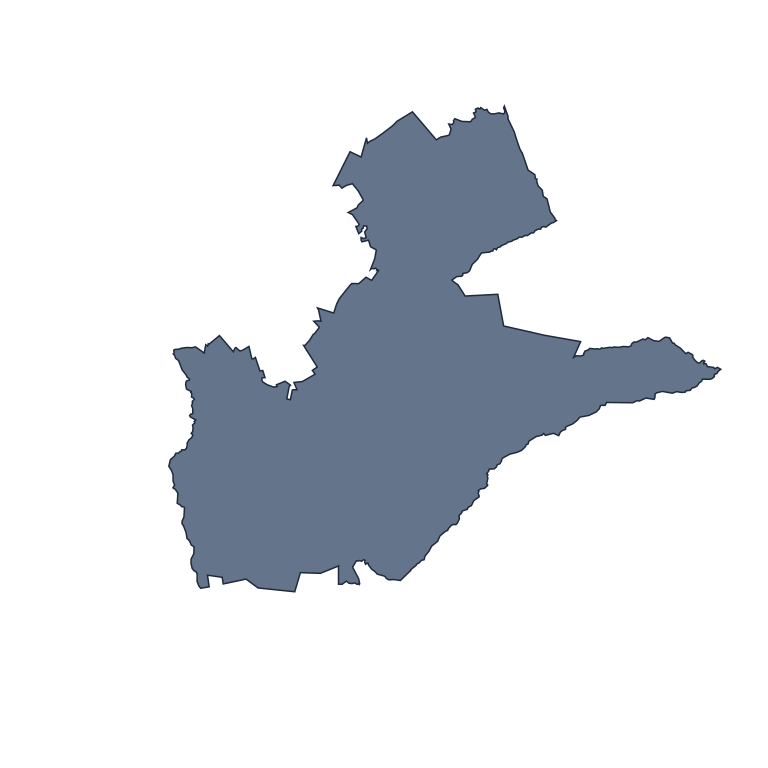 Goromonzi, Mashonaland East, Zimbabwe, rotated 51°
{"feature_id": "62879985B13905566839040", "entity_name": "Goromonzi", "entity_type": "district", "adm_level": 2, "iso_a3": "ZWE", "parent_name": "Zimbabwe", "parent_adm1": "Mashonaland East", "projection": "albers", "projection_center": [31.401, -17.8], "detail": "fine", "context": "isolated", "style": "filled", "palette": "slate", "viewbox_px": 768, "rotation_deg": 51, "n_neighbors": 0, "source": "geoboundaries", "source_scale": "gbopen_adm2", "svg_char_len": 6170}
<svg xmlns="http://www.w3.org/2000/svg" viewBox="0 0 768 768"><g transform="rotate(51 384 384)"><path d="M243.8,115.6L244.7,117.3L247.7,118.2L249.2,119.7L249.2,121.3L245.6,124.1L243.6,128.1L241.2,131.1L238.2,131.8L235.3,131.2L234.4,133.7L230.1,134.8L230.6,136.5L228.6,137.3L228.0,140.1L230.5,141.2L229.7,143.9L233.4,144.7L234.3,145.5L233.8,148.8L234.7,151.6L229.1,158.1L222.4,162.0L223.0,164.1L224.8,165.4L225.3,167.0L225.1,167.8L222.7,170.1L228.0,171.4L231.4,176.2L231.2,177.8L227.8,184.5L227.1,189.7L190.4,190.6L188.0,208.4L188.7,214.7L188.4,226.6L187.8,236.8L186.5,242.5L186.5,245.3L181.7,242.7L193.2,259.0L182.1,264.2L197.8,298.7L201.3,293.7L205.3,293.5L206.0,288.3L208.5,282.5L217.6,282.5L227.6,284.2L228.3,285.4L228.7,291.4L230.1,294.1L228.2,303.9L232.5,301.9L244.5,302.8L244.8,305.6L243.8,306.7L251.3,309.0L251.2,305.1L249.6,304.0L249.8,302.1L248.2,300.4L250.4,298.1L252.8,299.5L253.7,303.4L259.1,305.8L258.2,308.2L255.7,309.6L257.8,311.3L259.7,311.6L262.5,305.5L268.8,308.1L275.0,305.6L280.8,312.4L286.6,322.5L286.6,320.5L287.9,319.6L288.9,317.5L290.8,317.7L291.6,317.0L291.6,318.1L292.5,317.4L295.7,328.4L289.7,330.8L290.1,340.5L285.7,345.7L285.8,348.0L289.5,365.0L292.0,370.4L297.2,378.4L283.0,387.8L285.3,388.3L295.6,393.5L293.6,395.2L291.0,399.1L298.7,398.5L299.5,399.5L301.2,406.7L300.9,407.8L303.1,414.1L304.3,421.0L303.3,422.2L328.8,425.2L328.3,431.1L333.0,431.4L330.7,445.9L326.1,453.0L333.7,455.2L330.9,458.9L337.3,466.7L334.4,468.9L326.3,459.3L326.1,457.4L319.6,459.1L316.9,468.1L318.6,468.6L317.0,471.7L311.1,475.2L305.9,477.0L303.3,476.0L302.5,474.8L304.2,472.5L297.2,469.7L295.8,472.2L282.4,467.2L282.2,469.9L281.2,470.8L269.8,465.3L268.8,472.4L267.7,475.2L262.5,476.1L262.3,477.2L264.2,480.8L242.8,481.4L243.0,494.6L242.1,495.2L243.7,497.2L241.3,497.8L246.8,504.2L236.5,507.1L235.0,510.3L231.6,514.2L228.8,518.7L227.7,521.7L225.4,525.0L225.4,526.1L228.5,528.2L228.2,528.8L230.4,528.8L232.9,529.8L236.5,528.9L246.0,532.0L252.5,532.1L254.6,532.7L257.7,532.0L258.5,533.1L257.3,535.0L257.9,536.7L259.7,538.6L263.7,540.7L268.6,538.5L269.0,539.5L270.5,539.4L273.0,541.8L275.5,540.7L276.5,541.0L276.9,544.0L278.4,544.9L279.8,547.2L282.6,548.0L286.4,551.1L286.5,552.1L285.7,553.4L286.3,555.0L287.8,555.2L293.5,552.9L293.7,555.2L295.2,555.4L295.4,558.7L297.4,559.6L300.6,562.6L301.0,564.9L303.3,564.6L304.6,567.2L304.7,570.9L306.1,574.3L307.8,575.5L309.5,577.8L309.9,580.1L307.8,582.7L308.6,583.6L308.1,585.8L308.5,587.1L306.8,589.3L308.2,592.5L308.3,597.5L312.5,603.0L317.5,603.6L321.7,605.0L326.8,609.1L330.7,610.3L331.9,613.4L334.4,612.5L339.2,612.9L346.6,619.8L349.9,618.4L352.0,618.5L353.3,617.1L354.4,616.8L361.4,623.1L363.6,627.4L365.5,628.9L368.1,629.1L374.9,631.3L380.0,634.3L383.5,633.9L387.8,635.1L391.0,634.1L396.2,638.6L398.6,644.0L402.0,646.9L406.5,649.1L409.2,649.2L412.2,648.2L414.8,649.3L419.6,653.4L424.4,655.0L427.4,655.0L431.6,647.5L421.5,641.5L432.4,631.4L438.2,634.8L448.8,614.0L463.3,610.2L489.3,584.1L478.0,567.7L491.1,552.6L496.8,533.9L511.0,545.4L513.3,542.5L513.5,537.3L516.6,536.7L518.9,534.6L520.3,531.7L522.7,531.1L523.3,529.7L524.3,529.5L523.9,528.6L519.3,526.2L506.6,523.7L504.0,516.7L505.6,515.1L505.7,514.2L507.7,512.9L507.7,510.4L509.2,509.7L510.7,511.4L512.6,511.7L512.6,509.6L513.2,509.1L514.7,509.9L520.2,510.2L523.8,509.1L527.5,508.9L533.8,504.4L536.7,504.5L539.3,503.4L542.4,499.2L547.0,494.9L545.7,480.4L545.1,480.0L545.2,473.3L544.5,472.1L545.1,469.2L544.6,465.9L545.8,463.4L543.5,460.4L542.3,454.4L540.0,449.1L540.0,441.3L537.3,436.2L537.1,429.0L537.9,426.7L536.9,425.0L536.2,420.3L537.1,418.1L538.5,416.7L538.4,414.9L536.3,410.3L533.5,408.5L533.0,404.7L532.0,403.0L533.8,398.2L532.8,396.2L533.5,392.6L531.1,387.5L531.6,381.3L531.0,380.5L528.2,379.6L527.1,377.8L526.1,377.8L526.4,374.8L528.3,371.7L528.1,367.4L527.6,366.9L526.1,367.0L522.6,362.6L520.9,361.9L519.9,360.4L518.4,360.9L517.5,357.2L516.3,355.9L519.3,351.8L519.2,348.8L518.0,346.7L518.9,344.1L517.9,341.4L516.5,339.7L516.3,338.0L517.7,330.3L520.8,323.7L522.2,318.8L521.7,313.8L520.8,311.6L521.2,309.5L519.6,307.6L520.6,298.9L523.2,293.4L522.9,291.1L525.5,290.9L529.0,283.3L534.1,280.7L532.4,277.3L532.5,274.3L533.4,271.8L533.2,271.0L531.9,270.2L531.8,269.2L533.8,262.3L533.8,256.4L533.0,252.6L537.4,244.5L539.3,236.5L538.7,232.2L537.2,229.7L537.2,228.7L539.8,225.6L538.4,222.7L555.1,202.5L556.2,197.9L558.0,196.2L559.7,189.3L565.9,183.8L565.3,182.3L562.4,179.6L562.4,177.8L564.9,172.4L572.6,165.7L574.1,161.4L578.0,157.9L579.9,155.0L579.4,153.4L581.6,150.1L580.9,147.0L582.0,145.2L582.6,142.0L581.5,138.1L581.7,135.5L580.7,133.5L585.4,127.8L586.3,125.6L586.2,122.6L584.5,121.2L585.4,118.5L584.5,116.5L584.5,113.0L580.9,114.4L580.2,117.5L578.5,117.4L574.1,121.7L571.2,121.0L570.1,121.6L569.6,122.8L568.6,122.0L568.2,120.3L566.6,120.9L566.0,122.2L566.2,125.4L565.4,126.7L561.7,127.4L557.4,127.2L556.2,125.9L554.8,126.0L550.8,127.7L550.3,130.4L542.7,131.1L537.0,133.0L534.8,132.9L533.8,134.0L527.9,133.0L525.1,135.4L524.5,136.4L524.0,142.9L523.4,144.0L519.9,147.2L514.0,149.7L514.2,152.8L511.9,154.6L510.4,161.1L508.5,163.7L508.7,166.4L509.9,168.1L508.9,170.7L505.5,174.3L503.4,178.3L499.7,182.3L499.6,183.5L497.6,185.4L494.3,191.1L492.9,192.1L492.9,193.8L492.3,195.0L490.9,195.8L489.6,198.0L485.8,201.7L486.1,203.6L484.9,207.0L486.1,209.8L487.0,210.4L487.0,211.3L485.7,214.0L483.0,216.9L482.6,219.8L474.8,204.5L447.0,228.7L414.2,254.5L385.9,239.1L366.7,265.6L353.6,264.1L346.8,265.9L346.0,265.6L346.3,259.9L349.1,255.9L349.1,254.4L347.7,253.2L349.9,249.2L349.9,246.2L346.5,240.0L346.0,233.3L343.9,227.2L343.8,225.3L348.1,218.7L348.1,217.5L349.1,215.7L348.1,214.0L348.6,212.5L350.4,212.2L349.5,209.7L350.6,207.4L350.4,205.6L351.9,200.3L351.7,198.6L353.5,194.8L353.4,193.4L355.1,188.5L354.8,186.8L356.9,184.0L357.3,181.0L358.9,179.0L359.3,174.4L360.7,172.6L359.9,170.2L360.7,166.6L362.2,164.9L361.3,162.9L361.9,161.2L363.9,159.5L364.3,152.4L365.1,151.1L365.6,147.1L363.8,147.6L362.8,146.9L354.9,146.5L342.8,140.8L338.3,142.1L333.0,139.0L326.9,139.5L322.4,137.7L321.0,136.2L319.7,137.1L316.2,135.0L308.4,137.4L291.8,131.3L287.2,130.6L280.1,128.1L269.6,124.0L256.1,120.8L253.9,119.1L243.8,115.6Z" fill="#64748b" stroke="#1e293b" stroke-width="1.5"/></g></svg>